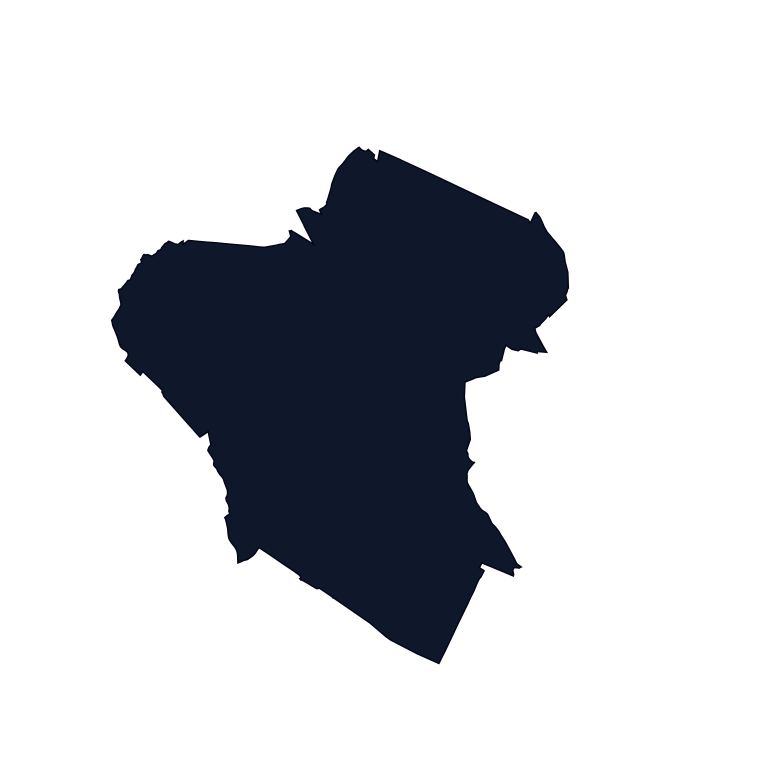 outline of Oosterhout, Noord-Brabant, Netherlands, rotated 231°
{"feature_id": "6326949B60940309425177", "entity_name": "Oosterhout", "entity_type": "district", "adm_level": 2, "iso_a3": "NLD", "parent_name": "Netherlands", "parent_adm1": "Noord-Brabant", "projection": "natural_earth1", "projection_center": [4.867, 51.632], "detail": "fine", "context": "isolated", "style": "filled", "palette": "ink", "viewbox_px": 768, "rotation_deg": 231, "n_neighbors": 0, "source": "geoboundaries", "source_scale": "gbopen_adm2", "svg_char_len": 6039}
<svg xmlns="http://www.w3.org/2000/svg" viewBox="0 0 768 768"><g transform="rotate(231 384 384)"><path d="M405.3,607.4L414.5,609.9L416.8,610.1L420.7,610.0L421.5,610.1L421.9,609.0L421.8,608.7L417.3,599.8L417.5,599.8L417.8,599.0L420.8,599.4L462.7,579.1L523.2,550.0L548.1,537.7L548.2,537.8L568.0,527.5L561.0,519.2L563.3,518.2L563.4,518.4L565.8,517.8L568.0,520.7L576.2,519.4L576.1,516.9L576.1,516.4L576.2,516.2L577.8,515.2L580.1,513.9L582.4,513.7L583.5,513.7L583.6,513.4L583.9,512.0L583.8,511.7L583.9,507.4L584.0,507.1L583.9,507.1L583.8,504.6L583.6,501.4L583.3,499.2L582.9,497.6L581.4,492.0L581.5,492.0L581.2,491.2L581.1,490.3L580.5,485.5L580.2,484.1L580.0,483.6L578.9,481.1L576.9,477.2L573.1,470.6L571.9,468.9L570.8,467.6L570.6,467.6L567.1,462.7L567.0,462.4L564.0,458.1L560.9,453.3L560.0,453.5L559.4,451.6L559.2,449.6L559.2,448.6L559.4,447.1L559.3,445.7L559.8,445.7L559.9,443.5L555.3,442.4L558.2,440.4L560.1,439.3L561.5,438.6L562.5,438.0L562.9,437.6L563.7,437.3L564.9,437.0L567.3,436.9L568.7,435.5L570.0,434.1L570.8,433.0L571.4,432.0L572.1,430.5L573.4,426.6L573.8,425.2L559.3,422.1L555.9,421.3L556.0,421.2L536.8,417.2L552.3,411.8L557.4,410.0L559.6,409.1L561.6,408.6L562.5,406.7L558.2,404.9L557.6,404.4L557.3,404.2L557.0,403.2L556.7,401.7L555.7,396.0L555.7,395.4L556.0,394.6L558.7,389.8L559.1,388.6L565.0,377.9L566.1,376.4L569.7,372.6L573.6,368.8L578.9,363.4L590.5,351.4L601.3,340.4L605.2,336.1L611.3,329.8L618.6,322.4L618.8,321.0L618.7,319.5L618.9,317.8L618.9,315.4L621.3,317.7L621.6,317.9L621.9,315.8L622.0,312.9L622.1,312.3L622.2,311.6L622.4,311.2L623.5,310.6L624.3,309.7L624.7,309.4L627.0,308.5L628.3,307.7L630.2,306.7L630.5,306.3L630.5,305.5L630.3,305.0L630.3,304.5L630.9,302.2L630.8,301.3L630.6,300.8L629.8,297.0L629.1,295.5L629.0,295.0L629.1,294.1L629.7,292.8L629.7,291.8L629.6,291.3L629.2,290.6L629.1,290.1L628.9,289.7L628.9,289.3L628.9,288.7L629.0,287.3L629.3,286.9L629.3,286.3L629.2,285.7L629.2,285.3L629.3,284.8L629.6,284.2L630.0,283.7L630.5,283.3L632.1,282.5L633.4,281.6L633.7,281.2L634.0,280.3L634.6,279.7L635.4,279.3L635.7,278.8L635.4,277.5L634.6,275.7L633.8,274.7L633.8,273.5L633.6,273.2L631.9,272.6L631.5,272.3L631.1,271.9L630.8,271.0L631.0,269.9L631.4,269.2L631.5,268.7L631.5,268.2L631.5,267.7L630.7,266.1L629.4,262.8L627.9,260.2L627.3,258.2L627.1,256.7L627.0,256.3L626.3,255.5L625.7,254.4L624.6,252.3L624.7,251.8L625.5,250.4L625.5,249.5L624.7,247.0L623.8,241.7L623.4,240.2L623.4,239.4L624.3,237.4L623.6,236.3L622.2,235.4L620.4,234.9L617.1,232.7L614.5,231.5L612.1,230.2L610.6,229.0L610.3,227.8L609.7,226.8L609.4,226.1L608.9,225.2L608.0,221.7L605.8,216.2L604.9,212.5L602.7,211.5L602.0,211.0L599.2,209.7L595.5,208.7L588.8,206.6L586.4,205.7L580.9,203.3L580.2,203.1L578.6,202.8L576.5,203.0L575.0,203.3L573.3,204.0L572.5,204.2L570.5,204.6L569.8,204.6L568.0,204.0L567.5,203.5L566.8,202.6L565.8,200.8L565.4,199.6L564.8,197.5L544.2,200.2L545.5,204.4L518.7,207.8L518.0,206.9L517.1,206.1L516.5,206.6L515.7,206.1L514.6,205.6L513.3,205.2L512.3,205.1L458.7,207.5L458.4,209.3L458.0,213.0L457.8,217.5L445.7,211.2L445.1,208.4L443.8,206.1L443.2,205.3L439.5,204.8L434.0,204.3L431.7,203.8L431.3,203.6L431.0,203.5L429.3,201.5L428.6,200.9L428.0,200.6L427.7,200.5L426.5,200.5L423.8,200.7L422.7,200.5L420.8,199.9L418.9,199.6L417.3,199.5L412.9,199.6L411.8,199.5L410.6,199.2L408.5,198.3L403.4,196.6L400.1,195.5L397.7,193.9L396.3,192.3L395.8,191.5L395.6,191.1L395.1,189.7L394.7,189.4L393.6,188.6L392.6,188.1L391.7,187.9L388.0,187.2L386.5,186.5L385.0,185.6L383.9,184.6L383.1,183.7L382.9,183.5L382.4,183.2L381.0,182.7L380.2,182.1L380.0,181.8L380.0,181.4L380.3,180.3L380.5,179.3L380.3,176.1L379.3,176.0L378.5,175.7L374.7,174.0L370.3,171.7L366.8,169.5L366.9,169.4L363.8,167.4L362.1,166.5L360.1,165.8L358.8,165.7L356.5,165.5L352.5,165.5L349.9,165.3L347.5,164.8L346.2,164.3L343.7,163.0L336.9,157.9L336.1,160.2L335.4,163.3L333.9,166.7L334.1,166.6L333.4,169.4L333.2,171.8L333.1,174.3L333.5,177.1L334.1,179.1L335.0,181.6L335.0,181.9L335.7,183.9L322.9,187.9L306.0,192.9L301.6,194.3L295.0,196.3L288.2,198.1L285.2,197.3L285.7,196.1L284.2,195.9L283.3,196.7L282.2,197.3L281.3,197.7L269.4,202.1L267.1,203.1L266.8,203.5L266.6,204.0L266.5,204.3L266.7,205.0L265.4,205.4L265.4,205.5L265.0,205.6L250.3,210.1L250.3,209.8L250.1,209.8L250.2,210.0L207.1,222.7L186.5,226.5L181.0,228.0L153.1,240.2L132.3,250.8L133.7,253.9L135.5,257.7L137.1,261.4L141.3,270.3L150.6,289.5L161.0,311.8L162.1,313.8L166.4,323.1L166.8,324.0L171.0,331.6L172.8,335.9L173.0,336.3L172.8,337.2L175.7,344.0L176.0,344.3L181.2,342.5L183.4,347.5L165.0,357.5L153.4,363.7L154.7,365.1L158.4,366.9L159.4,369.5L158.8,370.3L157.4,371.8L156.0,373.1L155.8,373.4L155.8,374.5L155.5,375.5L159.5,374.3L160.5,374.1L163.0,374.5L165.2,375.1L169.9,376.0L184.7,378.8L194.6,379.9L195.4,380.2L196.5,380.4L202.6,380.6L207.1,380.1L207.9,380.1L213.4,381.5L217.3,382.4L218.3,382.4L219.7,382.2L222.9,381.1L223.9,380.8L225.0,380.6L226.4,380.5L227.9,380.6L232.1,381.0L233.3,381.1L234.5,381.4L241.3,384.0L243.1,384.5L245.8,385.0L252.2,386.0L254.0,386.4L255.6,387.0L256.9,387.9L260.5,390.9L262.4,392.1L263.1,393.0L262.9,393.2L263.5,393.9L264.1,395.2L264.4,395.9L264.4,396.0L264.8,397.7L265.2,399.6L265.9,402.9L265.9,403.6L266.2,404.8L267.2,403.9L268.5,403.4L270.3,403.1L273.1,403.1L274.0,403.3L275.1,403.7L276.5,405.0L276.7,404.9L277.8,405.6L279.0,405.6L279.9,406.0L280.8,406.8L286.2,415.5L286.5,416.1L293.2,420.7L293.7,420.9L298.9,423.9L300.5,424.7L301.9,425.1L302.2,425.3L303.0,425.4L322.8,437.9L324.1,438.9L334.5,448.1L331.0,459.6L328.8,463.6L326.7,467.0L322.7,481.9L327.2,486.0L328.5,488.2L329.1,489.8L328.3,490.1L335.5,499.6L337.4,503.2L330.4,505.3L325.4,509.2L325.1,512.4L311.7,522.5L312.1,522.7L312.6,523.3L312.5,523.9L306.3,530.4L312.8,531.4L328.2,534.3L332.4,536.2L331.5,542.0L331.9,542.1L332.1,542.8L332.2,544.1L333.1,551.1L334.4,555.3L332.1,555.0L334.3,579.1L337.3,580.2L338.6,580.8L338.9,581.2L340.9,584.9L341.5,585.5L342.4,586.7L342.5,587.6L355.2,597.2L365.1,601.7L370.7,605.1L373.0,606.2L374.5,606.5L380.0,606.7L386.9,606.7L391.1,606.5L399.8,606.4L405.3,607.4Z" fill="#0f172a" stroke="#020617" stroke-width="1.5"/></g></svg>